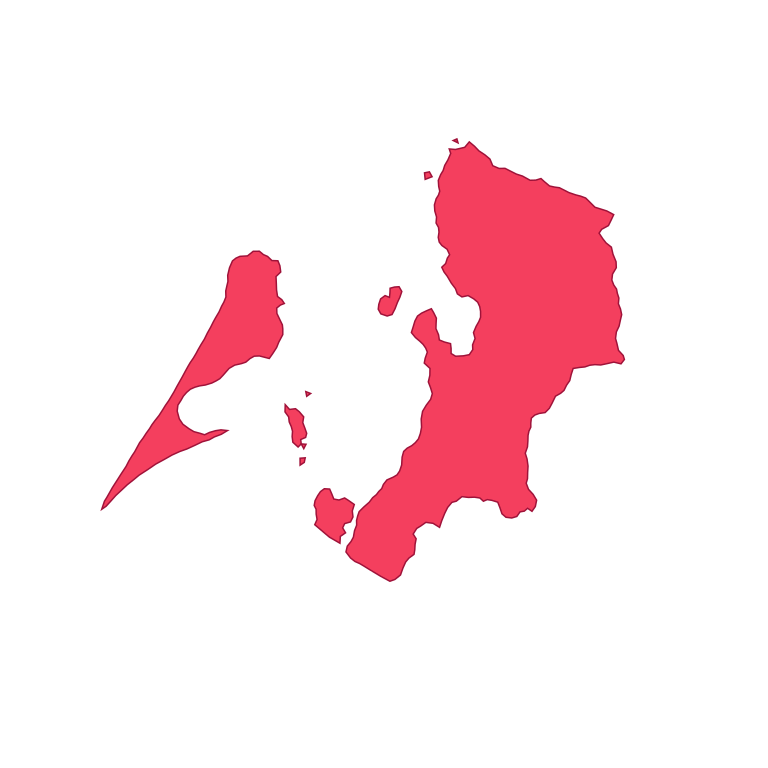 outline of Mangaratiba, Rio de Janeiro, Brazil, rotated 130°
{"feature_id": "56859067B1398595920076", "entity_name": "Mangaratiba", "entity_type": "district", "adm_level": 2, "iso_a3": "BRA", "parent_name": "Brazil", "parent_adm1": "Rio de Janeiro", "projection": "orthographic", "projection_center": [-43.995, -22.973], "detail": "fine", "context": "isolated", "style": "filled", "palette": "rose", "viewbox_px": 768, "rotation_deg": 130, "n_neighbors": 0, "source": "geoboundaries", "source_scale": "gbopen_adm2", "svg_char_len": 5676}
<svg xmlns="http://www.w3.org/2000/svg" viewBox="0 0 768 768"><g transform="rotate(130 384 384)"><path d="M143.7,474.3L150.8,474.3L158.4,480.0L162.0,485.1L164.5,481.1L171.2,479.1L177.5,478.0L182.5,475.9L187.1,475.2L193.1,473.3L197.5,469.1L200.5,465.2L204.3,463.7L208.6,463.1L214.4,460.5L218.8,456.3L222.3,451.1L227.2,447.6L229.0,442.9L232.3,439.5L236.8,436.7L239.8,432.9L240.7,428.7L240.2,422.3L242.8,416.8L246.8,416.4L252.1,414.2L257.4,414.8L259.6,410.0L260.8,404.8L263.5,397.2L265.0,390.6L267.8,385.7L267.2,380.3L262.2,376.4L261.1,370.1L261.1,364.8L263.2,360.4L266.3,356.7L270.8,352.9L275.1,351.5L280.6,350.5L287.1,348.5L290.6,343.5L297.1,341.3L300.6,338.1L306.7,337.5L311.4,341.3L316.7,347.0L317.5,352.2L313.6,355.5L310.3,359.0L313.0,364.7L314.7,369.9L311.2,373.9L308.2,379.8L304.3,382.9L299.9,386.2L297.4,391.9L295.9,396.1L300.6,398.5L305.6,400.8L310.4,402.0L315.9,400.8L321.9,398.2L327.0,396.1L328.2,389.8L328.2,384.2L328.5,379.5L329.7,375.1L331.7,371.3L337.8,369.0L342.1,366.6L342.5,358.8L347.8,354.5L353.9,351.4L356.9,346.0L360.3,340.8L365.8,338.4L373.0,338.0L380.1,336.9L386.9,333.0L393.0,327.4L398.6,324.3L404.0,322.3L408.8,322.3L413.4,323.1L418.2,325.0L423.0,325.6L428.4,323.1L434.7,318.4L440.6,316.1L445.2,315.6L449.3,317.0L455.6,320.1L461.3,319.9L465.6,318.5L469.6,318.9L473.6,318.7L478.4,319.6L484.0,319.3L491.2,320.4L497.7,321.0L501.9,319.4L506.2,317.3L509.7,314.2L515.3,312.3L521.0,309.0L525.8,308.0L531.8,307.9L537.1,305.2L538.8,297.7L538.6,292.1L537.2,287.3L536.4,282.4L535.3,274.8L533.4,262.8L531.3,252.7L526.7,250.0L519.7,248.6L512.8,251.2L506.4,253.0L501.3,253.0L495.2,251.5L491.3,253.8L486.9,257.1L481.9,259.9L480.2,265.2L473.6,266.1L469.2,264.6L463.1,263.0L459.2,256.9L458.1,249.3L451.6,251.9L444.2,254.3L437.7,255.9L431.0,255.9L427.3,253.3L420.2,251.9L416.6,246.4L412.6,242.0L409.7,237.3L409.9,232.5L406.2,230.6L403.8,226.6L401.4,220.9L404.3,215.6L407.6,210.2L407.7,204.9L404.5,200.0L400.1,197.1L394.5,197.6L391.2,194.8L386.9,194.1L386.4,188.8L380.6,189.3L374.9,192.4L372.7,198.8L371.8,205.6L368.6,211.3L364.3,213.2L359.3,217.2L354.3,220.9L349.5,226.2L346.2,231.3L339.9,233.7L335.1,237.2L330.8,240.6L326.9,242.7L322.7,243.8L319.5,246.5L315.4,249.2L310.8,248.5L306.8,246.2L302.3,242.2L296.4,241.7L290.7,242.9L283.1,244.8L277.5,242.7L273.2,242.0L267.5,243.4L262.0,243.9L256.4,246.7L250.5,249.1L245.9,245.1L241.8,241.1L237.3,238.4L233.6,234.9L230.1,230.2L224.6,225.9L219.5,222.0L216.2,215.4L210.7,215.6L208.4,219.1L207.5,226.0L203.1,231.8L200.3,235.9L194.7,239.5L188.6,241.1L182.7,244.2L178.1,246.5L174.5,251.1L171.9,256.0L167.2,259.3L164.5,263.6L161.8,266.9L160.5,271.6L157.9,276.3L152.9,279.6L145.6,280.8L141.2,284.8L137.4,292.0L133.0,297.8L133.2,304.5L132.1,309.8L130.2,316.2L125.6,316.7L118.4,313.9L112.6,315.3L106.6,316.9L108.2,324.5L111.1,331.5L113.0,336.0L112.4,342.8L111.9,349.1L113.7,354.1L115.9,358.7L118.5,365.4L120.9,375.8L123.5,379.9L125.9,384.5L125.9,391.5L125.7,395.8L130.3,398.8L134.0,403.0L135.7,411.6L138.1,417.5L139.6,423.8L141.0,429.9L144.9,434.4L146.9,441.0L143.6,447.4L143.6,454.0L144.4,461.1L143.7,467.5L143.7,474.3ZM606.8,530.0L612.9,528.6L622.3,527.5L628.3,526.7L637.8,525.5L643.7,524.4L649.2,523.4L653.5,522.8L661.4,519.7L656.3,518.3L649.3,518.0L641.8,517.8L633.8,516.8L626.2,515.9L617.9,514.2L611.2,513.0L601.8,510.1L592.1,507.4L582.9,503.8L574.6,500.7L566.9,497.0L560.4,493.2L552.4,489.4L545.1,486.1L539.1,482.0L533.5,479.9L527.1,476.3L520.3,474.0L523.9,479.4L528.0,483.0L533.2,486.5L538.2,488.8L540.0,493.2L542.7,499.0L543.6,504.5L544.1,512.2L542.3,518.4L537.7,525.0L532.7,528.3L527.1,529.0L522.3,529.9L517.3,529.8L512.5,529.0L508.0,526.8L503.9,524.0L499.6,520.2L493.9,516.5L489.5,514.6L485.5,513.2L480.6,512.9L471.6,512.7L465.5,510.5L460.0,506.3L456.1,503.9L450.7,503.0L446.1,501.3L442.6,497.5L440.5,493.1L438.2,488.3L432.2,488.8L425.1,489.7L419.6,491.5L411.2,493.3L406.9,496.9L404.0,499.9L401.9,504.6L398.8,511.4L394.8,515.0L390.1,514.1L386.4,512.1L385.1,516.5L385.4,521.8L381.0,526.8L376.2,531.1L371.1,535.8L364.6,535.1L360.3,539.8L357.8,544.5L361.5,549.2L361.1,555.2L362.4,559.6L362.4,564.8L366.4,569.5L373.6,570.9L378.8,576.4L382.7,578.3L387.1,579.2L394.2,577.1L401.2,573.6L405.7,569.5L409.5,567.6L414.5,565.0L419.0,561.0L424.2,559.3L428.8,558.4L434.8,556.7L441.5,555.6L446.1,554.7L451.9,553.3L458.3,552.1L465.2,550.4L471.5,549.5L477.1,548.5L481.3,547.6L486.8,546.7L492.2,546.2L496.3,545.5L501.5,544.5L508.2,543.1L514.1,542.0L518.9,541.1L525.1,539.8L530.1,539.0L535.2,538.2L540.9,537.7L545.6,537.0L552.7,536.1L559.6,535.9L564.3,535.6L568.9,534.9L574.6,534.5L580.3,533.8L586.0,533.5L596.2,531.4L600.9,530.9L606.8,530.0ZM534.3,315.4L528.8,319.5L522.7,317.8L520.8,323.2L516.2,324.4L511.2,321.0L505.8,322.3L501.6,326.7L495.4,329.3L496.0,336.2L496.6,340.9L501.8,343.9L504.4,348.5L501.9,353.1L499.4,358.1L502.6,362.4L507.3,363.5L512.2,363.0L517.7,361.8L521.9,359.4L523.6,355.5L527.3,352.3L530.8,348.2L536.3,346.6L536.4,332.4L536.4,327.3L534.3,315.4ZM483.1,408.9L480.1,412.1L475.3,409.7L471.5,411.5L468.7,416.2L465.8,421.4L460.8,424.4L459.7,431.1L459.8,435.9L464.2,440.0L463.3,446.4L469.0,441.9L470.5,435.9L474.0,432.2L476.2,427.7L479.0,423.7L483.3,420.6L487.2,416.4L487.5,409.3L483.1,408.9ZM332.3,431.5L329.9,425.3L325.6,422.5L319.3,423.9L313.0,426.1L307.4,427.6L301.7,429.8L299.8,435.0L303.0,438.3L306.7,440.9L310.4,438.0L314.1,435.5L315.6,440.0L321.0,441.3L326.3,439.2L330.4,436.5L332.3,431.5ZM200.8,484.0L194.3,480.4L192.3,485.6L196.2,488.7L200.8,484.0ZM500.1,396.1L495.3,394.7L491.2,396.9L494.8,400.6L500.1,396.1ZM443.1,435.3L438.4,434.1L440.1,439.0L443.1,435.3ZM483.1,408.9L485.1,403.9L480.3,405.0L483.1,408.9ZM151.7,482.3L149.4,485.7L153.0,487.5L151.7,482.3Z" fill="#f43f5e" stroke="#9f1239" stroke-width="1.5"/></g></svg>